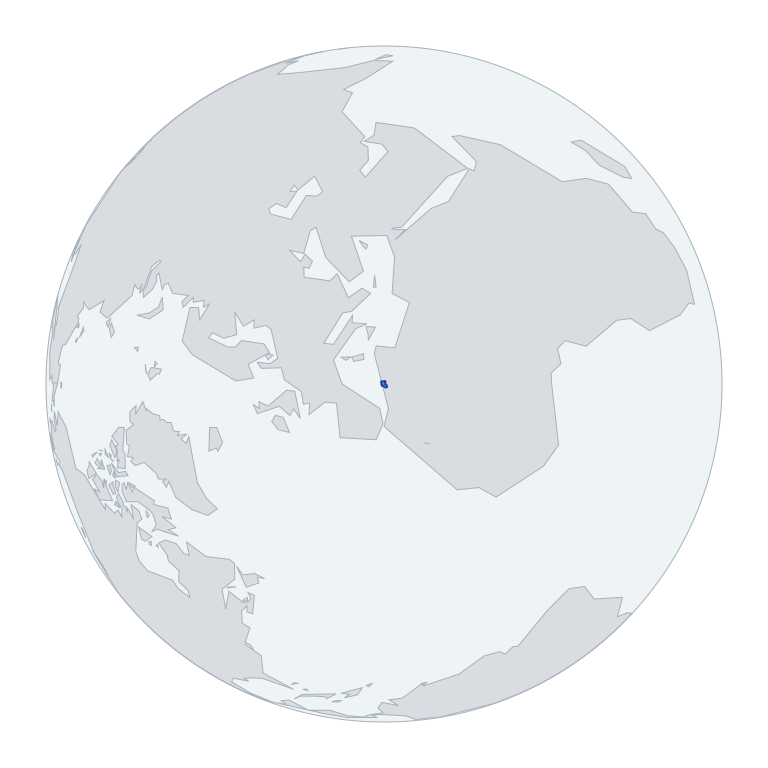 the Earth from above Médéa, rotated 269°
{"feature_id": "DZA-2213", "entity_name": "Médéa", "entity_type": "Province", "adm_level": 1, "iso_a3": "DZA", "parent_name": "Algeria", "parent_adm1": "", "projection": "orthographic", "projection_center": [2.97, 35.965], "detail": "medium", "context": "on_globe", "style": "filled", "palette": "blue", "viewbox_px": 768, "rotation_deg": 269, "n_neighbors": 0, "source": "natural_earth", "source_scale": "10m", "svg_char_len": 11098}
<svg xmlns="http://www.w3.org/2000/svg" viewBox="0 0 768 768"><g transform="rotate(269 384 384)"><circle cx="384" cy="384" r="338" fill="#eef3f6" stroke="#a8b0b8"/><path d="M175.5,118.1L179.2,115.2L205.6,99.3L196.8,105.1L204.2,101.4L215.7,94.3L221.5,90.7L262.4,75.0L302.0,61.4L309.9,57.2L311.8,58.7L323.7,52.1L342.3,48.7L324.1,52.7L324.4,53.5L338.3,50.7L341.6,51.1L350.3,50.3L353.0,51.2L342.2,54.4L343.7,55.4L353.5,53.5L362.4,54.0L347.8,56.4L361.8,57.8L346.3,65.4L304.9,74.5L298.9,82.6L263.4,103.1L269.3,103.2L259.5,112.2L262.7,116.0L255.2,119.6L264.2,119.7L270.5,115.8L276.5,114.7L279.0,116.8L269.8,121.4L267.3,121.0L265.9,123.6L260.2,125.1L264.4,125.5L253.0,131.4L267.8,129.0L261.7,136.5L253.2,139.6L249.6,134.8L221.0,132.9L211.3,136.1L201.2,144.5L191.6,169.0L182.7,174.9L173.9,186.2L180.8,184.5L190.1,175.3L200.8,175.8L210.9,165.3L216.7,164.3L228.9,156.1L231.8,162.5L228.0,173.4L218.0,180.9L216.1,186.2L229.4,183.8L214.6,203.2L211.3,226.4L206.9,231.4L191.4,231.4L181.7,218.5L161.6,221.8L179.4,225.3L168.2,239.1L168.3,244.1L171.7,247.1L177.8,244.4L175.0,250.7L156.4,248.7L158.7,242.9L164.5,243.3L159.9,237.8L147.2,238.0L142.6,245.8L128.5,240.6L125.0,246.4L119.9,249.0L126.5,239.8L114.4,256.6L97.1,258.1L80.3,288.3L91.7,257.5L92.6,247.5L92.1,238.9L89.2,243.5L92.6,228.0L88.8,226.6L77.3,245.1L68.0,266.8L65.2,281.2L69.0,275.5L69.7,283.5L59.2,302.8L58.7,324.0L52.9,342.3L51.4,357.7L53.6,363.7L55.2,377.6L59.8,372.3L65.7,376.2L62.2,392.7L68.2,383.4L69.6,396.9L83.4,416.0L81.5,418.2L92.6,453.9L110.4,479.5L114.4,495.2L111.8,500.5L119.2,508.4L119.4,513.3L154.1,542.8L176.0,565.3L178.1,581.0L165.3,590.3L166.6,618.8L147.1,613.3L150.8,622.8L150.7,628.2L139.7,617.4L123.4,599.1L108.5,579.6L95.0,559.1L83.1,537.7L79.6,530.6L73.3,516.5L63.1,489.9L49.7,433.1L49.1,421.7L48.0,410.1L51.9,399.7L53.6,374.6L53.0,367.0L50.7,370.7L51.2,341.5L55.2,319.5L69.9,259.4L80.2,236.1L92.2,213.6L105.9,192.1L121.1,171.7L137.9,152.4L156.0,134.6L175.5,118.1ZM75.1,297.0L75.0,330.6L70.3,321.2L72.1,320.7L73.1,310.0L73.4,295.4L70.7,288.6L75.1,297.0ZM85.7,290.0L85.3,285.5L86.3,288.8L85.7,290.0ZM223.5,89.3L215.6,94.3L204.0,101.0L210.2,96.6L223.5,89.3ZM246.1,78.6L243.3,80.6L235.3,83.2L239.4,81.2L246.1,78.6ZM314.9,54.7L307.8,56.6L313.5,54.8L314.9,54.7ZM351.0,50.0L352.0,49.5L356.1,49.4L351.0,50.0ZM226.5,153.3L227.6,154.7L224.8,155.4L226.5,153.3ZM230.7,148.6L226.6,148.6L227.9,146.4L230.5,146.4L230.7,148.6ZM364.0,51.0L370.2,51.3L362.0,51.4L364.0,51.0ZM235.5,149.3L230.9,142.6L233.4,138.8L245.2,136.3L235.5,149.3ZM372.6,51.9L388.0,53.6L391.4,52.3L390.3,57.6L377.6,53.9L366.9,54.0L373.0,53.0L372.6,51.9ZM271.4,113.7L264.9,117.9L268.0,112.6L271.4,113.7ZM272.0,110.6L273.1,97.3L284.0,92.7L281.4,97.8L293.7,90.9L298.5,95.1L292.8,99.9L284.8,101.9L292.7,102.1L272.0,110.6ZM387.2,60.6L389.3,61.8L385.0,61.3L387.2,60.6ZM279.2,113.9L278.5,111.3L287.8,107.1L291.0,111.4L287.0,111.4L279.2,113.9ZM294.6,87.3L302.2,85.3L308.1,88.0L311.8,87.7L299.5,94.9L294.6,87.3ZM286.1,113.4L292.4,113.9L290.2,117.9L280.5,116.1L286.1,113.4ZM288.9,104.3L293.5,102.6L292.0,104.9L288.9,104.3ZM286.0,133.6L284.9,130.1L289.7,127.5L286.0,133.6ZM294.9,113.8L295.6,112.4L297.4,111.1L301.0,112.3L294.9,113.8ZM304.5,96.5L305.4,98.3L309.9,93.7L314.5,96.0L305.4,100.6L311.3,99.6L312.7,100.3L303.7,103.3L304.5,96.5ZM310.0,109.9L300.1,117.2L301.1,124.0L296.8,126.4L296.0,115.1L310.0,109.9ZM307.1,105.7L307.9,108.7L302.2,109.9L298.1,108.5L307.1,105.7ZM320.9,96.1L316.1,91.4L318.3,90.6L320.9,96.1ZM311.4,111.6L313.7,109.8L312.1,111.9L311.4,111.6ZM319.2,100.5L317.3,98.8L319.7,97.9L319.2,100.5ZM320.1,107.9L316.9,110.2L314.0,109.2L320.1,107.9ZM320.6,104.3L324.5,103.6L314.9,107.5L319.3,103.7L320.6,104.3ZM321.9,99.9L322.7,98.9L322.4,100.8L321.9,99.9ZM332.9,110.8L321.5,116.0L315.1,113.6L327.1,108.8L332.9,110.8ZM477.8,59.3L468.2,58.4L433.4,54.5L448.5,55.9L448.2,57.1L455.5,58.7L465.9,60.1L465.2,59.3L497.5,72.1L528.7,83.8L519.0,77.4L521.4,76.9L548.3,88.9L597.9,122.5L599.5,123.7L608.8,131.7L610.1,133.1L604.1,128.0L616.0,139.5L607.9,132.8L621.2,146.0L625.2,148.8L617.7,140.4L632.7,155.7L634.7,157.4L654.2,181.1L671.5,206.4L686.4,233.2L686.4,233.4L694.0,249.8L695.8,253.7L710.3,296.2L710.2,296.6L715.6,318.8L715.6,319.1L717.3,328.5L713.5,310.1L706.4,290.5L708.7,304.4L704.9,294.1L695.5,283.1L696.7,303.1L701.1,350.9L707.7,379.1L706.6,398.4L690.3,372.1L679.1,348.6L675.7,357.5L656.9,346.8L631.6,369.2L625.8,364.2L621.5,372.0L607.9,372.3L598.2,363.4L591.0,368.9L616.3,392.0L623.8,386.1L627.0,368.4L632.9,378.4L645.7,380.6L639.4,418.9L598.2,471.4L590.6,451.3L540.5,404.4L540.0,396.6L539.6,395.9L538.8,394.6L537.9,407.8L528.1,397.7L558.7,434.3L565.4,451.7L597.7,473.0L595.5,477.8L604.8,480.3L630.2,456.5L631.1,463.8L621.3,504.4L583.1,565.8L586.1,589.7L579.9,611.9L551.6,635.3L549.7,648.6L534.4,658.2L530.5,665.8L515.7,676.7L492.7,688.5L458.3,695.8L459.7,690.5L447.8,681.2L432.8,650.4L445.2,631.8L443.6,617.8L418.3,586.7L424.1,566.1L416.5,558.1L401.2,561.3L391.9,551.3L382.4,551.5L320.0,557.5L299.0,541.9L269.0,494.1L278.8,477.2L277.0,455.2L341.6,383.3L359.3,388.0L414.6,374.8L422.2,376.9L420.0,395.5L465.0,410.8L474.4,393.7L510.9,396.8L532.4,389.4L532.4,354.0L497.2,365.4L486.8,351.0L511.6,327.9L541.8,318.8L538.7,313.0L516.0,306.0L519.3,291.9L507.8,302.7L515.2,307.2L508.1,314.5L500.9,311.0L502.4,305.8L492.2,306.0L488.0,331.7L495.1,339.1L470.7,349.9L480.2,363.5L474.9,372.2L457.0,352.6L455.9,344.0L425.7,324.5L424.6,334.2L453.1,353.7L445.8,353.2L444.5,368.0L439.7,356.4L408.9,333.9L384.6,342.2L359.8,379.2L344.3,382.4L328.4,375.3L331.1,339.1L365.6,336.2L367.0,324.7L354.6,308.5L366.1,309.4L365.3,302.9L377.8,301.3L390.1,284.4L402.0,281.6L401.8,261.6L407.9,257.8L406.3,270.4L411.5,278.2L440.5,272.1L444.6,267.0L442.1,254.9L450.4,255.3L444.3,244.4L458.4,236.1L436.0,237.6L432.5,224.7L438.3,213.1L433.1,209.5L423.7,228.7L423.6,236.3L429.9,242.2L426.1,264.9L417.3,270.1L406.1,248.4L392.3,253.9L389.6,235.8L416.6,193.0L430.4,183.0L463.9,191.3L463.6,199.9L451.4,200.9L467.4,211.0L463.9,204.8L470.7,205.6L469.1,194.7L473.9,194.8L464.2,184.6L469.8,183.5L475.9,190.0L478.4,174.2L488.9,169.9L487.1,166.4L482.3,163.9L498.8,160.9L496.7,158.5L490.6,158.5L482.5,153.9L474.7,145.0L480.9,144.5L484.5,147.6L501.4,153.8L510.1,163.0L511.8,161.9L505.7,153.9L485.1,146.2L478.7,141.1L488.6,143.5L484.5,142.2L483.2,139.5L487.7,136.6L476.9,133.6L454.6,108.4L461.0,101.3L472.4,105.6L463.3,90.3L471.2,85.2L465.5,85.0L457.3,78.6L454.7,80.0L451.3,79.5L429.0,66.2L428.5,63.3L412.4,59.0L409.5,59.2L408.9,60.9L390.3,57.6L391.4,52.3L398.0,52.2L394.2,49.8L409.9,50.3L421.1,50.3L440.4,53.5L447.6,53.9L445.2,53.0L453.2,53.6L477.5,59.3L477.8,59.3ZM324.3,422.3L323.6,429.2L324.3,422.3ZM577.4,326.0L593.0,318.2L579.6,301.6L584.5,297.5L578.1,293.7L578.5,300.5L562.0,289.3L566.4,279.4L561.2,271.6L555.7,273.9L550.2,294.0L573.9,309.7L573.0,320.2L577.4,326.0ZM84.0,416.4L85.2,421.9L82.7,418.9L84.0,416.4ZM67.2,326.3L68.4,330.8L68.1,335.5L66.8,333.1L67.2,326.3ZM82.8,361.3L85.2,367.3L81.6,363.8L82.8,361.3ZM75.5,335.5L80.7,357.0L73.8,352.3L70.9,338.9L74.3,344.1L75.5,335.5ZM80.2,297.3L80.3,301.1L78.6,303.2L80.2,297.3ZM86.4,292.5L86.0,291.7L86.9,288.0L86.4,292.5ZM169.3,239.2L170.7,239.6L173.0,243.6L169.7,243.8L169.3,239.2ZM196.8,251.2L191.6,261.2L193.0,253.8L187.3,255.5L183.2,242.7L204.5,233.3L195.6,239.5L196.8,251.2ZM183.7,224.2L183.9,232.6L182.8,223.8L183.7,224.2ZM348.7,271.1L354.6,275.0L352.3,282.7L337.2,288.6L340.3,277.2L348.7,271.1ZM363.5,278.8L356.6,257.0L365.7,253.2L361.8,258.9L368.5,258.6L363.9,267.7L379.4,286.4L378.4,294.6L351.1,299.7L360.6,293.1L354.2,289.4L363.5,278.8ZM322.9,215.2L320.0,207.7L343.5,208.9L343.4,215.9L328.4,221.6L319.6,216.7L322.9,215.2ZM257.1,147.0L254.5,145.5L257.0,144.0L261.3,144.1L257.1,147.0ZM285.1,132.2L271.2,152.5L267.5,151.7L263.8,165.7L252.6,169.0L255.4,159.7L244.0,173.3L242.0,166.2L235.4,175.9L242.7,154.7L240.5,149.5L247.3,153.9L257.6,150.7L261.4,147.9L270.5,136.2L270.8,124.4L281.1,120.2L288.3,120.4L289.8,122.5L282.6,124.4L289.8,126.0L280.5,130.5L285.1,132.2ZM366.7,135.7L357.8,135.1L370.6,142.6L361.5,145.7L363.5,146.4L358.6,151.5L356.2,159.1L351.4,159.6L352.5,162.5L349.3,166.2L349.2,170.4L340.6,173.0L339.9,178.5L336.2,176.7L337.2,185.6L332.6,180.3L328.0,185.2L334.9,187.8L288.7,195.7L272.8,204.5L262.1,215.2L255.7,205.6L261.6,190.0L274.2,173.9L290.4,167.3L284.5,164.6L290.6,160.9L292.6,164.5L293.0,156.7L298.5,154.8L309.7,142.8L306.8,133.7L310.8,129.5L314.7,132.1L316.0,126.2L326.1,128.4L329.2,125.6L342.2,125.5L347.9,132.8L350.9,129.2L360.9,129.5L366.7,135.7ZM336.5,111.0L345.4,118.1L344.8,123.6L322.4,121.7L318.2,123.9L303.8,123.8L305.0,116.1L309.0,116.7L313.2,115.7L311.1,118.5L315.9,115.5L321.6,116.4L326.8,114.5L328.2,117.2L336.5,111.0ZM428.3,369.1L433.7,369.0L441.7,366.9L441.0,376.6L428.3,369.1ZM407.1,354.0L411.6,352.2L414.6,364.0L408.9,364.4L407.1,354.0ZM411.6,341.6L411.6,351.2L408.3,346.3L411.6,341.6ZM410.2,268.4L414.8,266.1L416.2,268.8L414.9,273.5L410.2,268.4ZM402.8,161.6L397.8,159.7L398.6,158.0L391.9,150.3L398.1,147.9L404.6,151.6L402.8,161.6ZM527.9,361.8L523.2,370.3L519.2,368.3L521.7,365.8L527.9,361.8ZM481.1,375.1L493.0,376.5L480.8,377.7L481.1,375.1ZM408.5,157.7L405.1,154.7L410.4,155.4L408.5,157.7ZM402.4,145.8L408.1,145.8L398.1,146.7L402.4,145.8ZM624.4,585.2L597.3,628.5L585.2,635.2L586.5,627.0L598.9,603.2L614.2,589.3L622.6,575.3L624.4,585.2ZM720.4,352.3L720.1,349.9L719.7,345.3L720.4,352.3ZM708.7,380.7L713.2,391.9L712.0,398.7L708.7,380.7ZM457.0,138.2L459.3,151.1L465.1,160.0L474.9,163.8L462.1,164.5L453.2,150.7L457.0,138.2ZM454.3,111.9L445.7,109.4L448.6,107.4L451.0,107.7L454.3,111.9ZM449.7,112.5L440.7,115.4L435.3,112.1L443.5,110.4L449.7,112.5ZM424.9,135.3L425.2,139.1L420.9,138.3L424.9,135.3ZM534.3,81.4L535.9,82.2L517.2,75.6L511.4,73.5L521.5,75.5L525.0,77.2L531.0,79.8L532.3,80.4L534.3,81.4ZM392.1,61.1L389.6,61.8L389.7,60.6L392.1,61.1ZM450.1,80.5L445.5,79.6L445.9,77.8L450.1,80.5ZM433.1,76.4L435.9,79.0L430.4,76.5L433.1,76.4ZM442.5,84.9L435.7,80.1L445.8,84.4L442.5,84.9Z" fill="#d9dde1" stroke="#a8b0b8" stroke-width="1"/><path d="M380.5,386.4L380.6,386.1L380.3,385.9L380.2,385.7L380.2,385.4L380.4,385.4L380.5,385.3L380.9,384.6L381.1,384.3L381.4,384.0L381.4,383.9L381.5,383.8L381.5,383.6L382.1,383.2L382.3,382.9L382.4,382.7L382.2,382.6L381.9,382.7L381.7,382.4L381.7,382.2L381.9,382.0L382.2,382.0L382.3,382.0L382.4,381.9L382.5,381.8L382.5,381.7L383.1,381.6L383.3,381.6L383.6,381.5L383.7,381.3L383.8,381.4L383.9,381.6L384.0,381.7L384.3,381.6L384.6,381.4L384.9,381.3L385.0,381.2L385.3,380.9L385.5,380.9L385.8,381.0L386.0,381.2L386.1,381.3L386.3,381.3L386.5,381.2L386.7,381.3L386.8,381.3L386.8,381.6L386.9,381.8L386.8,382.0L386.9,382.4L386.9,382.5L386.8,383.2L386.8,383.5L386.9,383.8L387.1,384.2L387.2,384.4L387.1,384.5L387.0,384.8L386.8,384.8L386.7,384.9L386.7,385.0L386.8,385.2L386.8,385.4L386.8,385.6L386.7,385.7L386.4,385.3L386.2,385.0L386.1,384.9L386.0,385.0L386.0,385.3L385.8,385.3L385.6,385.2L385.4,385.0L385.2,385.1L385.2,385.5L384.5,385.7L384.4,385.7L384.4,385.4L384.2,385.3L384.1,385.0L384.0,384.9L383.7,385.0L383.7,385.5L383.7,385.9L383.6,386.0L383.0,386.5L382.9,386.7L382.7,386.9L382.6,387.0L382.4,387.1L382.2,387.0L381.9,386.7L381.6,386.8L380.7,387.1L380.5,386.4Z" fill="#3b82f6" stroke="#1e3a8a" stroke-width="1.5"/></g></svg>